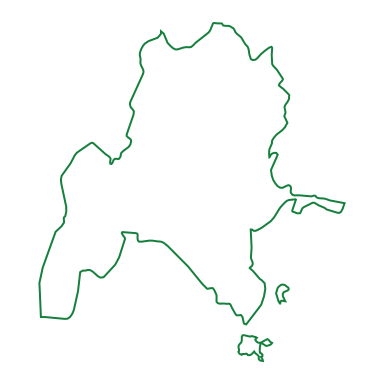 an SVG outline of Benshangul-Gumaz
{"feature_id": "ETH-3132", "entity_name": "Benshangul-Gumaz", "entity_type": "Administrative State", "adm_level": 1, "iso_a3": "ETH", "parent_name": "Ethiopia", "parent_adm1": "", "projection": "orthographic", "projection_center": [35.827, 10.412], "detail": "fine", "context": "isolated", "style": "outline", "palette": "green", "viewbox_px": 384, "rotation_deg": 0, "n_neighbors": 0, "source": "natural_earth", "source_scale": "10m", "svg_char_len": 4922}
<svg xmlns="http://www.w3.org/2000/svg" viewBox="0 0 384 384"><path d="M117.8,159.1L118.9,158.9L120.2,157.2L120.8,155.4L120.8,154.1L121.3,152.9L123.1,151.1L128.7,146.9L130.4,144.4L131.2,140.9L130.6,139.3L127.6,137.0L126.6,135.7L126.7,134.5L133.5,114.7L133.9,111.4L132.6,109.3L130.8,107.3L129.9,104.5L130.2,102.2L143.1,73.8L143.5,71.7L143.2,69.8L141.1,65.5L140.4,63.4L140.6,59.2L139.8,55.2L139.9,53.1L140.6,50.6L141.7,48.1L143.1,45.7L144.7,43.7L148.6,41.1L150.8,40.3L157.7,37.7L160.7,34.2L161.0,33.2L161.0,31.3L163.7,33.6L167.6,42.9L170.4,45.9L173.0,48.2L175.4,49.4L177.6,49.4L183.3,47.6L186.2,47.1L189.0,47.3L191.1,47.0L193.2,45.3L195.7,42.7L208.6,32.5L210.2,30.3L213.0,23.5L213.6,23.0L217.9,23.4L221.0,23.4L222.0,23.6L222.3,24.1L223.2,25.5L225.9,25.9L228.7,25.9L230.3,26.4L230.8,26.8L233.3,28.3L234.2,29.5L235.5,32.2L236.8,33.7L241.1,37.3L241.5,37.9L245.0,43.8L247.6,46.7L248.6,49.2L249.4,54.5L250.9,59.1L252.9,60.1L255.0,59.8L256.9,58.6L261.1,54.0L265.2,50.5L269.1,47.7L271.5,46.8L272.2,48.0L271.7,54.9L272.2,64.1L273.4,66.1L276.8,69.6L282.8,78.7L282.9,79.5L281.8,81.2L279.7,83.3L278.9,85.4L281.3,87.5L283.0,88.6L289.2,94.9L289.0,99.0L287.4,102.1L285.5,104.6L284.5,106.9L284.8,108.8L285.3,110.9L285.5,113.1L284.7,114.9L284.3,116.2L287.4,122.8L284.9,127.3L282.1,130.3L276.8,134.4L275.2,136.1L273.5,138.3L272.2,140.4L271.9,142.1L271.9,143.5L269.4,149.3L269.1,152.4L269.2,155.4L269.4,157.3L269.7,157.1L270.6,155.0L272.1,153.6L274.0,152.9L276.3,152.9L277.7,154.7L271.0,170.0L271.8,175.7L273.3,180.1L275.4,183.5L277.6,186.1L280.1,187.7L282.5,187.8L287.6,185.4L288.7,185.2L289.9,185.7L290.9,187.2L291.0,188.9L290.7,190.8L290.8,192.6L292.2,194.6L294.3,195.4L299.0,195.3L310.6,196.3L311.6,196.3L314.1,195.6L315.0,195.6L315.6,196.1L316.1,196.8L316.8,197.4L317.7,197.9L318.8,198.2L323.6,198.5L325.7,198.9L329.8,200.4L344.6,203.2L343.3,206.8L342.6,208.9L341.6,210.8L340.6,212.2L339.2,212.9L337.3,212.7L326.7,209.5L324.5,207.8L319.0,205.5L314.5,202.8L312.7,202.7L303.7,207.2L302.4,208.3L300.2,213.1L298.0,213.4L296.2,213.0L294.5,212.2L292.6,211.6L292.2,211.0L292.5,209.8L295.9,199.7L295.3,199.3L289.0,200.0L286.9,200.8L285.0,202.4L281.2,206.4L279.7,208.3L274.2,217.2L270.9,221.1L261.8,227.7L257.7,229.9L255.7,230.8L253.7,230.8L251.9,229.5L250.7,229.5L251.6,247.8L250.9,257.6L251.5,259.7L252.6,262.3L252.7,264.3L251.8,266.1L249.9,267.6L249.7,268.1L252.9,270.9L259.9,279.0L261.6,280.1L264.6,283.2L265.3,288.9L264.0,296.4L261.2,304.8L246.2,324.4L243.9,323.5L242.5,317.0L240.9,315.0L237.6,315.4L236.4,315.2L235.4,313.9L231.7,307.4L230.9,305.4L230.1,304.1L229.0,303.7L227.1,303.8L223.0,303.5L220.1,303.7L218.8,303.5L217.5,302.9L216.5,301.6L216.6,295.8L216.3,294.5L214.3,290.1L212.9,288.2L211.5,288.1L207.2,288.8L202.1,283.7L188.2,266.6L167.6,245.9L163.8,242.9L161.6,241.8L159.5,241.5L157.6,241.4L152.8,240.7L149.5,240.6L141.5,241.7L138.8,241.6L137.7,239.9L137.5,237.3L137.7,234.8L137.2,233.6L135.5,233.1L122.4,232.1L121.8,233.0L122.9,235.4L124.3,237.0L125.1,238.6L119.1,257.4L115.2,264.7L103.6,277.2L100.4,277.6L97.7,276.1L93.1,271.9L90.6,270.3L88.8,269.9L85.0,270.6L82.8,270.6L80.2,272.1L78.0,291.3L74.0,309.3L73.2,311.7L72.3,313.7L71.2,315.4L69.7,317.3L67.7,318.6L64.9,318.9L45.7,317.1L40.9,317.0L39.8,291.1L39.4,283.1L42.7,267.7L55.6,231.8L61.6,226.2L63.9,222.7L64.1,221.6L63.8,219.0L63.8,217.9L64.1,217.3L65.1,216.3L65.4,215.7L66.3,211.3L66.2,206.6L61.3,183.7L60.9,179.4L61.7,175.7L70.6,163.3L74.6,155.6L76.2,153.4L78.0,151.9L90.3,143.4L92.0,142.7L93.3,143.2L105.6,154.2L108.6,156.2L109.9,157.4L110.6,158.9L110.1,162.1L110.3,163.6L111.4,164.0L112.2,163.2L113.6,160.0L114.8,158.9L116.5,158.7L117.8,159.1ZM244.2,335.2L248.6,336.3L250.4,336.6L251.5,336.1L252.8,336.3L254.3,336.8L255.9,337.1L256.2,337.4L256.5,337.6L256.9,337.8L255.9,338.9L255.3,339.3L255.3,339.8L256.1,341.1L257.3,342.2L258.6,342.8L260.0,342.8L261.2,342.4L260.4,344.3L259.9,347.4L259.7,350.6L260.0,352.8L261.5,353.5L262.5,354.8L262.4,356.2L261.0,356.9L262.2,358.7L262.7,359.8L262.9,361.0L261.0,360.7L260.1,360.4L259.4,359.9L258.7,358.8L258.7,358.0L258.9,357.2L258.7,356.4L257.7,355.1L255.1,353.0L254.2,351.5L251.6,354.2L250.1,355.1L247.9,355.1L247.6,354.9L247.0,354.0L246.5,353.7L246.0,353.7L244.9,354.0L244.4,354.0L242.5,354.0L241.9,354.2L241.7,354.8L240.5,354.3L239.6,353.8L238.9,352.9L238.4,351.8L238.8,351.4L239.0,351.0L239.0,349.8L238.5,347.2L238.6,346.0L239.2,344.7L241.0,342.6L241.6,341.5L241.8,340.0L241.8,338.1L241.9,336.4L242.7,335.3L244.2,335.2ZM282.9,284.5L284.7,285.0L288.1,287.5L288.6,288.3L288.6,289.6L287.8,290.4L283.7,292.2L282.7,294.2L283.0,296.5L285.3,301.3L281.9,300.7L280.6,301.3L280.2,303.5L279.9,303.5L278.6,301.5L276.1,293.3L277.2,289.3L277.8,287.8L279.1,286.3L281.1,284.9L282.9,284.5ZM267.4,339.1L268.6,339.9L270.5,342.1L272.1,342.9L271.4,343.9L270.4,344.7L269.2,345.2L268.0,345.6L266.1,345.9L265.2,345.5L264.4,344.8L262.9,344.0L262.2,343.4L262.0,342.8L262.3,342.2L262.9,341.5L267.4,339.1Z" fill="none" stroke="#15803d" stroke-width="2"/></svg>